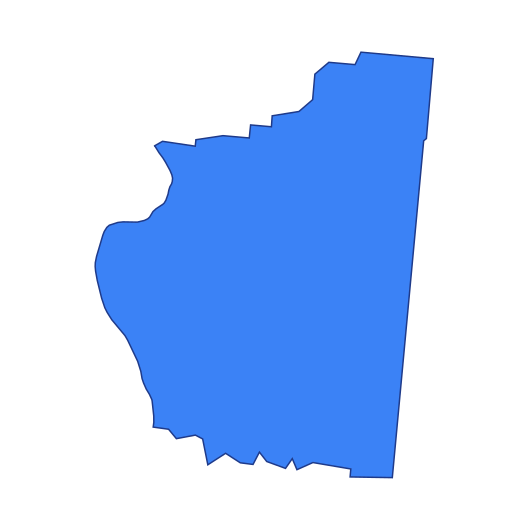 Cape Girardeau, Missouri, United States of America, rotated 185°
{"feature_id": "52423323B27788547677425", "entity_name": "Cape Girardeau", "entity_type": "district", "adm_level": 2, "iso_a3": "USA", "parent_name": "United States of America", "parent_adm1": "Missouri", "projection": "natural_earth1", "projection_center": [-89.566, 37.365], "detail": "fine", "context": "isolated", "style": "filled", "palette": "blue", "viewbox_px": 512, "rotation_deg": 185, "n_neighbors": 0, "source": "geoboundaries", "source_scale": "gbopen_adm2", "svg_char_len": 1203}
<svg xmlns="http://www.w3.org/2000/svg" viewBox="0 0 512 512"><g transform="rotate(185 256 256)"><path d="M96.6,468.0L169.2,468.2L174.0,455.3L200.3,455.3L213.2,442.3L213.2,416.7L225.8,403.7L252.1,397.1L251.9,386.1L263.9,386.1L272.8,386.1L273.0,373.0L299.4,373.0L326.0,366.6L326.1,360.1L359.1,362.1L367.1,356.6L366.3,356.7L361.6,350.4L357.4,345.7L354.2,341.4L349.1,333.7L346.9,329.5L345.9,326.3L345.9,322.9L346.4,320.5L347.8,317.5L348.6,314.0L349.0,310.0L350.6,303.8L352.1,300.7L353.2,299.5L359.7,294.3L362.5,291.3L365.3,285.5L366.7,284.0L366.9,283.7L369.1,282.4L370.3,281.7L377.2,279.4L391.4,278.4L396.5,277.4L404.8,273.9L407.1,271.5L409.3,267.2L410.4,263.4L414.8,241.7L415.5,235.4L415.3,231.5L414.5,227.0L412.0,217.8L406.1,200.5L402.1,191.3L399.4,186.9L394.1,179.9L379.6,165.3L376.5,160.9L364.7,140.8L360.7,131.1L358.8,123.9L356.9,119.6L353.7,113.8L350.1,108.9L347.2,103.8L346.8,102.3L343.9,87.6L343.3,81.4L343.5,76.6L328.0,75.8L319.4,67.1L300.8,72.3L293.2,69.1L285.8,43.8L269.1,56.8L253.6,48.6L240.8,48.1L235.5,60.9L227.4,52.2L208.1,47.0L202.2,57.3L196.6,46.7L181.3,55.2L143.0,52.1L143.0,44.1L100.9,47.1L99.0,385.4L96.5,387.8L96.6,468.0Z" fill="#3b82f6" stroke="#1e3a8a" stroke-width="1.5"/></g></svg>